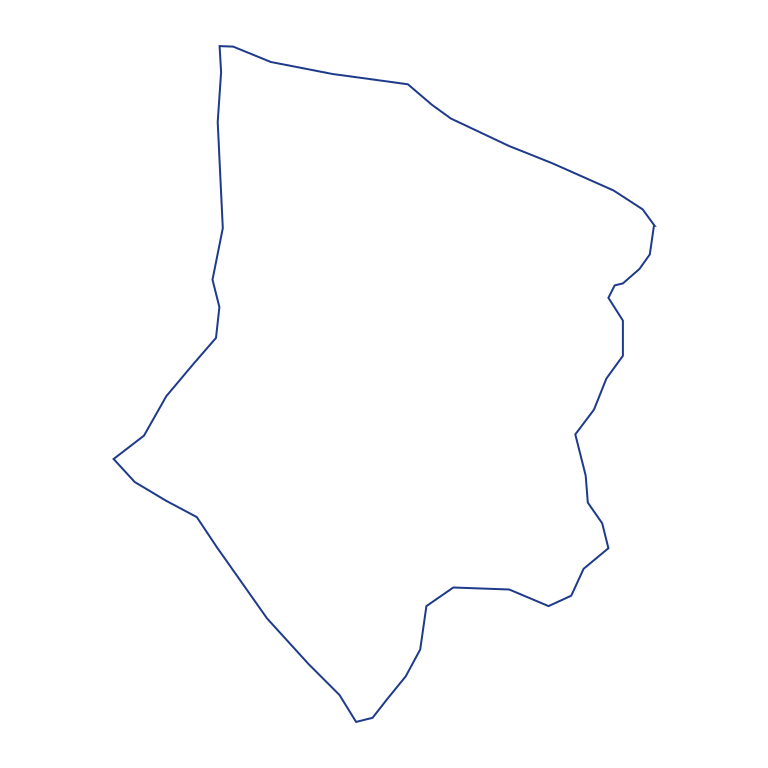 the district of Smedjebacken, Dalarna, Sweden
{"feature_id": "70781695B69424081161255", "entity_name": "Smedjebacken", "entity_type": "district", "adm_level": 2, "iso_a3": "SWE", "parent_name": "Sweden", "parent_adm1": "Dalarna", "projection": "mercator", "projection_center": [15.509, 60.098], "detail": "fine", "context": "isolated", "style": "outline", "palette": "blue", "viewbox_px": 768, "rotation_deg": 0, "n_neighbors": 0, "source": "geoboundaries", "source_scale": "gbopen_adm2", "svg_char_len": 864}
<svg xmlns="http://www.w3.org/2000/svg" viewBox="0 0 768 768"><path d="M113.6,459.0L134.7,482.0L165.8,500.6L196.8,517.1L217.5,548.2L223.2,556.2L267.1,618.5L308.5,664.0L339.5,695.0L356.1,721.9L372.6,717.8L373.2,717.0L387.1,699.2L405.7,676.4L420.2,649.5L426.4,606.1L453.3,587.5L509.2,589.5L548.5,606.1L571.2,595.7L573.6,590.6L583.6,568.8L608.4,548.2L602.2,523.3L587.8,502.6L585.7,475.7L583.6,467.3L575.3,434.4L594.0,409.6L606.4,378.5L622.9,355.8L622.9,320.6L608.4,297.8L614.7,285.4L622.9,283.4L639.5,268.9L649.8,254.4L654.0,225.4L654.4,225.5L642.7,209.4L613.6,190.5L551.9,163.1L549.1,162.0L509.0,146.0L450.8,118.5L431.9,104.8L407.9,84.3L332.5,74.0L270.8,62.0L233.1,46.6L221.6,46.2L219.6,46.1L221.1,72.3L217.7,122.0L222.8,228.2L212.5,279.7L219.4,307.1L216.0,337.9L193.7,363.6L166.3,396.2L144.0,435.6L113.6,459.0Z" fill="none" stroke="#1e3a8a" stroke-width="2"/></svg>